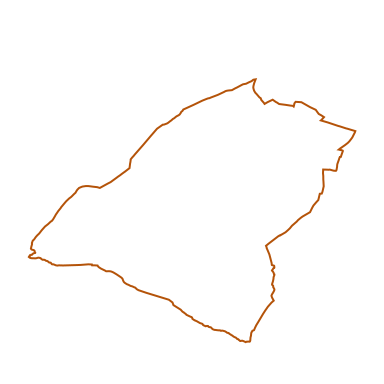 outline of Sandulesti, Cluj, Romania, rotated 18°
{"feature_id": "2599482B43869878211942", "entity_name": "Sandulesti", "entity_type": "district", "adm_level": 2, "iso_a3": "ROU", "parent_name": "Romania", "parent_adm1": "Cluj", "projection": "orthographic", "projection_center": [23.724, 46.589], "detail": "fine", "context": "isolated", "style": "outline", "palette": "amber", "viewbox_px": 384, "rotation_deg": 18, "n_neighbors": 0, "source": "geoboundaries", "source_scale": "gbopen_adm2", "svg_char_len": 5929}
<svg xmlns="http://www.w3.org/2000/svg" viewBox="0 0 384 384"><g transform="rotate(18 192 192)"><path d="M56.9,304.2L57.7,304.5L58.5,304.7L59.7,304.6L62.1,303.9L63.6,303.5L64.4,303.1L66.0,302.0L66.7,301.8L68.4,301.7L69.0,302.0L69.7,302.4L70.5,302.5L71.0,302.6L71.9,302.2L72.6,302.1L73.5,302.2L74.2,302.5L74.8,302.5L75.3,302.4L76.0,302.4L77.9,303.2L78.2,303.2L78.7,303.0L79.4,302.9L80.1,303.3L80.9,303.9L81.4,304.0L82.7,303.6L85.3,303.8L86.9,303.5L88.0,302.9L92.1,301.7L105.0,297.1L108.8,295.7L115.8,292.8L119.2,291.9L119.6,292.6L122.2,291.8L124.9,291.1L125.5,291.7L126.6,292.3L129.2,293.0L133.6,293.6L134.6,293.9L135.3,293.8L136.8,293.2L137.8,292.9L139.2,292.6L140.2,292.6L142.1,292.8L145.6,293.6L149.5,294.7L151.5,295.3L152.0,295.6L152.7,296.0L153.4,296.9L153.9,297.5L154.7,298.4L155.5,298.9L156.6,299.3L158.5,299.8L160.3,299.9L162.6,300.3L164.3,300.2L165.3,300.3L166.7,300.5L167.6,300.5L169.5,301.5L171.4,301.9L179.8,302.0L203.3,301.6L207.6,303.1L209.3,305.3L217.6,307.4L219.8,308.7L220.8,309.0L221.3,309.0L222.4,309.6L223.3,309.7L223.9,310.0L224.4,310.4L225.0,310.6L225.6,310.6L226.7,310.8L229.3,311.1L230.2,311.1L230.9,311.4L231.0,311.6L231.6,312.5L232.6,312.8L233.1,313.0L233.9,313.1L234.4,313.3L235.0,313.2L235.8,313.4L236.4,313.4L240.1,314.2L242.6,314.2L242.9,314.4L243.7,315.1L244.0,315.1L244.3,315.2L244.6,315.3L245.7,315.3L246.1,315.5L246.4,315.5L246.6,315.4L247.5,314.8L248.6,314.5L248.8,314.6L249.2,315.0L249.4,315.1L250.6,315.1L251.2,314.9L251.7,314.9L252.0,315.0L253.8,316.0L254.2,316.1L255.9,316.2L257.1,315.9L258.4,315.7L260.7,315.2L261.2,314.9L261.4,314.9L262.5,315.1L263.2,314.6L264.1,314.4L265.8,314.3L266.4,314.3L268.2,314.7L268.8,315.0L269.4,315.0L270.2,314.8L270.4,314.9L270.7,314.9L271.5,315.4L272.9,315.6L273.5,315.9L273.8,316.0L274.6,316.0L276.0,316.6L277.5,316.9L278.5,316.9L279.7,317.4L280.6,317.9L281.5,317.7L282.2,318.1L282.4,318.3L283.0,318.4L283.5,318.7L283.8,318.8L284.3,318.7L285.2,318.1L285.7,317.9L287.0,317.9L289.5,318.2L289.9,317.7L290.4,317.4L291.0,317.2L291.6,316.9L292.1,316.8L292.8,316.5L293.1,316.5L293.3,316.1L293.3,315.2L292.6,312.3L292.5,310.5L292.0,308.2L291.9,307.1L292.3,306.1L292.3,305.3L292.4,305.2L292.7,305.0L293.5,304.4L293.7,304.1L293.9,301.6L294.3,298.8L295.1,295.5L296.1,291.1L297.2,286.2L298.3,282.0L299.1,279.4L299.6,277.7L301.8,272.6L303.3,270.1L300.9,267.8L300.0,266.7L299.6,266.0L299.7,264.8L300.0,263.3L300.2,262.9L300.3,262.5L300.3,261.8L300.5,261.3L300.5,260.7L300.6,260.3L300.6,259.8L300.4,259.0L300.0,258.7L299.6,258.2L298.8,257.6L298.6,257.2L298.2,256.2L297.8,255.9L297.0,255.6L296.8,255.4L296.7,255.2L296.6,254.5L296.6,252.4L296.5,251.0L296.3,249.4L295.9,247.7L296.0,245.5L295.9,245.1L295.8,244.9L295.4,244.9L294.5,243.5L294.0,243.1L293.4,242.6L292.3,242.0L292.3,241.7L292.6,241.1L293.0,239.3L293.1,239.1L293.6,238.9L293.7,238.5L293.5,238.1L293.1,237.0L292.9,236.8L292.6,236.7L290.6,236.8L290.4,236.6L289.7,235.0L287.6,231.7L284.9,227.5L281.9,224.0L280.3,222.2L280.1,221.6L279.0,220.3L281.0,217.2L287.8,207.3L288.9,206.1L290.2,204.9L290.2,205.0L293.4,201.4L295.0,198.7L296.3,196.3L297.5,193.2L300.8,187.7L301.5,186.0L303.4,183.0L304.7,181.2L310.5,174.7L310.6,173.9L311.2,169.8L311.7,167.3L313.4,163.2L314.6,160.6L314.1,154.2L315.9,153.4L316.0,151.6L315.5,145.9L313.9,141.7L313.0,139.5L311.9,136.2L310.8,133.7L309.8,130.1L311.2,129.7L312.9,129.2L315.1,128.6L315.9,128.2L316.4,128.1L319.3,128.0L320.4,127.9L322.3,127.4L322.5,127.0L322.6,126.5L322.6,126.1L322.2,123.3L322.1,122.8L321.9,122.2L321.6,120.7L321.6,120.0L321.7,116.4L321.7,114.4L321.8,113.0L322.7,112.6L322.7,110.5L322.8,106.9L322.8,106.4L322.6,106.1L321.3,106.0L320.5,106.0L320.1,106.3L319.1,106.2L318.5,106.3L319.4,104.9L323.1,100.0L325.0,97.2L326.0,95.2L327.0,92.4L327.6,90.6L328.0,88.0L328.5,84.9L328.5,83.6L320.0,83.8L319.2,83.9L311.9,83.9L310.9,84.0L299.6,83.9L292.5,84.1L292.9,83.4L294.4,80.0L292.2,79.4L291.1,79.1L288.4,78.6L285.9,76.8L284.3,75.6L280.4,75.1L278.1,74.8L268.3,72.8L266.7,73.2L262.7,74.2L262.5,74.7L262.0,76.1L262.3,78.3L262.3,79.3L261.3,78.9L258.9,79.4L254.0,80.2L247.7,81.4L245.3,80.7L244.0,80.5L240.2,79.3L236.1,83.2L233.8,85.8L232.8,85.0L229.4,83.0L229.0,82.4L228.4,81.6L228.2,81.5L227.9,81.4L227.5,81.4L226.8,81.1L223.2,78.9L221.5,78.0L220.6,77.2L219.7,76.4L218.6,74.8L218.0,73.7L217.7,72.3L217.6,70.9L217.5,69.2L217.7,65.2L215.9,66.1L215.5,66.4L214.5,68.0L213.8,68.7L213.0,69.4L212.0,70.3L210.0,72.3L207.6,73.6L207.0,74.0L202.3,78.9L201.2,79.9L198.5,82.8L197.6,83.2L195.3,84.2L193.9,84.9L193.1,85.4L192.3,86.1L191.6,86.9L186.6,91.6L180.4,96.6L179.7,97.3L178.5,97.9L177.3,98.8L173.6,101.9L166.6,108.6L158.2,116.3L158.1,117.1L157.9,117.7L157.7,118.2L157.3,118.6L157.0,119.2L156.9,119.8L156.8,120.6L156.7,120.7L156.5,121.5L156.3,122.1L156.1,122.4L155.5,123.2L153.9,124.8L153.4,125.5L152.3,127.3L151.2,128.5L150.6,129.6L150.2,130.3L149.2,131.6L148.1,133.3L147.4,134.2L147.0,134.6L145.0,136.2L144.3,136.7L143.4,137.0L142.5,138.2L139.2,142.6L135.4,151.6L131.1,162.1L126.0,174.0L125.4,175.6L124.4,177.8L123.6,179.9L123.9,181.0L124.2,182.8L124.3,183.9L125.2,188.6L122.4,192.7L119.5,196.7L118.5,198.2L116.8,200.4L115.9,201.7L112.8,206.0L112.1,207.0L111.8,207.4L111.5,207.8L109.5,209.8L104.6,215.0L103.1,216.6L100.3,216.7L96.4,217.5L93.1,218.1L91.6,218.4L89.9,218.9L89.1,219.2L86.1,220.7L85.0,221.6L83.3,223.1L82.9,224.0L82.3,225.1L81.8,226.8L81.4,228.8L80.9,229.6L80.4,230.5L79.1,233.1L78.5,234.2L77.2,236.0L75.2,239.7L74.2,242.1L72.2,247.1L72.1,247.8L70.7,251.4L70.2,253.2L69.5,255.5L69.1,257.6L68.3,261.1L67.6,262.9L66.8,263.8L65.0,267.1L62.9,270.2L62.2,271.8L60.9,274.8L59.5,278.7L58.2,281.1L57.3,283.2L56.5,285.9L55.6,287.5L55.5,290.1L55.8,290.5L56.0,291.0L56.1,293.6L56.3,295.7L57.2,296.3L59.1,296.2L59.6,296.2L60.0,296.4L60.4,296.6L60.7,297.0L61.1,297.8L61.7,298.2L61.7,298.4L60.7,299.0L60.0,299.5L59.1,301.2L58.7,301.2L58.4,301.4L58.2,301.8L57.9,302.0L57.5,302.1L57.4,302.5L57.6,303.0L57.5,303.3L57.0,303.6L56.9,304.2Z" fill="none" stroke="#b45309" stroke-width="2"/></g></svg>